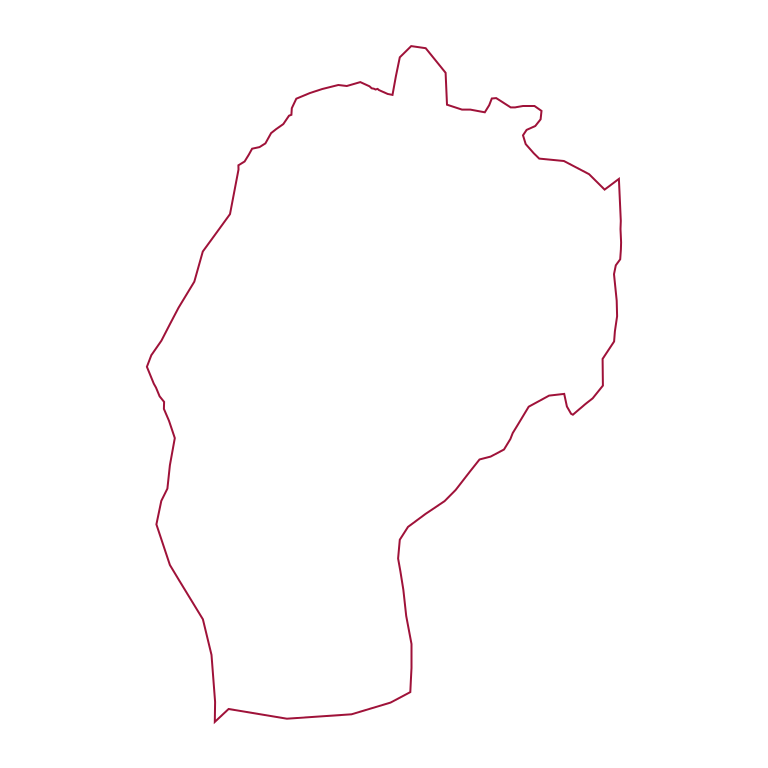 Ibaji, Kogi, Nigeria (orthographic projection)
{"feature_id": "59680162B39308677673484", "entity_name": "Ibaji", "entity_type": "district", "adm_level": 2, "iso_a3": "NGA", "parent_name": "Nigeria", "parent_adm1": "Kogi", "projection": "orthographic", "projection_center": [6.796, 6.809], "detail": "fine", "context": "isolated", "style": "outline", "palette": "rose", "viewbox_px": 768, "rotation_deg": 0, "n_neighbors": 0, "source": "geoboundaries", "source_scale": "gbopen_adm2", "svg_char_len": 1785}
<svg xmlns="http://www.w3.org/2000/svg" viewBox="0 0 768 768"><path d="M238.4,165.3L238.5,169.6L230.0,214.1L215.2,234.5L202.8,251.5L194.3,281.7L178.6,307.6L169.9,324.2L161.4,340.7L151.6,354.8L151.4,355.0L146.9,366.8L150.9,376.6L153.8,383.7L156.0,387.6L159.6,396.3L164.1,401.9L164.0,405.1L163.9,408.9L169.0,420.8L171.9,429.4L174.8,438.1L169.9,465.2L167.4,488.6L161.3,500.9L156.4,524.4L169.9,565.0L179.1,580.3L200.7,615.7L202.9,619.3L211.5,654.9L215.1,701.9L214.8,721.9L228.6,709.0L286.9,718.7L351.5,714.3L390.5,702.6L410.3,692.1L410.9,679.7L411.5,668.0L411.5,644.0L406.2,615.9L403.6,592.1L403.3,589.5L400.4,571.4L398.1,558.5L399.8,539.7L408.0,526.9L425.4,514.0L444.6,501.1L455.7,489.9L470.2,471.2L479.5,459.5L480.9,459.1L490.6,456.6L504.0,449.5L510.4,439.0L512.7,433.1L517.6,425.1L528.7,406.7L549.1,395.6L564.2,393.9L566.9,406.5L571.1,413.8L572.9,414.7L579.9,408.7L580.3,408.4L583.0,406.1L584.6,404.7L586.7,403.0L592.7,398.3L602.9,385.6L602.6,358.9L614.1,341.5L614.9,331.3L617.1,316.2L616.7,300.7L614.0,274.2L615.8,265.3L620.2,259.3L620.9,249.3L621.1,242.4L620.5,229.1L620.8,220.9L618.9,178.9L604.6,189.6L589.1,174.2L563.9,161.0L539.2,158.6L533.7,153.2L525.7,144.1L523.0,135.3L526.6,129.9L535.3,126.0L540.6,119.3L541.5,110.9L534.5,106.0L523.0,106.0L516.6,107.1L515.1,107.4L510.7,107.4L496.2,98.1L491.8,98.5L489.2,105.2L484.8,112.3L470.3,109.6L462.0,109.6L447.0,104.7L445.6,72.8L425.7,48.2L411.2,46.1L399.8,57.3L395.9,76.2L392.5,94.9L387.8,94.0L379.0,90.1L377.6,88.9L375.5,89.5L373.9,88.7L371.7,88.3L369.5,86.3L360.3,82.1L354.1,83.9L346.8,86.0L338.3,85.0L322.3,89.0L310.0,93.0L296.3,98.7L291.8,108.2L291.4,114.8L289.0,115.7L283.3,124.1L276.3,129.0L271.1,133.1L265.4,143.4L259.5,147.1L252.1,148.7L248.8,154.7L244.6,161.5L238.4,165.3Z" fill="none" stroke="#9f1239" stroke-width="2"/></svg>